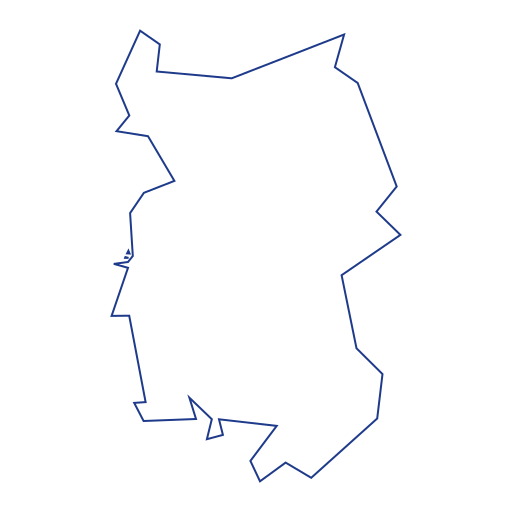 map outline of Omsk (Albers equal-area conic projection)
{"feature_id": "RUS-2397", "entity_name": "Omsk", "entity_type": "Region", "adm_level": 1, "iso_a3": "RUS", "parent_name": "Russia", "parent_adm1": "", "projection": "albers", "projection_center": [72.959, 56.006], "detail": "coarse", "context": "isolated", "style": "outline", "palette": "blue", "viewbox_px": 512, "rotation_deg": 0, "n_neighbors": 0, "source": "natural_earth", "source_scale": "10m", "svg_char_len": 721}
<svg xmlns="http://www.w3.org/2000/svg" viewBox="0 0 512 512"><path d="M145.6,402.1L129.2,315.7L111.6,315.9L128.0,267.8L113.8,263.9L128.0,262.0L132.8,256.0L130.1,213.1L143.9,192.8L174.4,180.9L148.0,136.2L116.5,131.2L129.3,115.5L116.0,83.8L140.1,30.7L159.8,44.4L156.7,71.5L231.7,78.3L344.1,34.5L334.9,67.2L357.7,83.0L396.7,186.5L376.5,211.6L400.4,234.9L341.6,275.2L356.5,348.3L382.5,374.1L377.2,418.5L311.2,477.8L285.6,462.6L260.0,481.3L250.4,460.9L276.7,425.9L219.0,419.3L222.9,434.9L206.9,439.2L211.8,419.2L189.4,397.7L196.0,419.0L143.6,421.0L134.2,402.9L145.6,402.1ZM128.4,250.8L129.5,253.5L127.1,253.4L128.4,250.8ZM125.4,257.1L128.5,257.9L125.1,257.9L125.4,257.1Z" fill="none" stroke="#1e3a8a" stroke-width="2"/></svg>